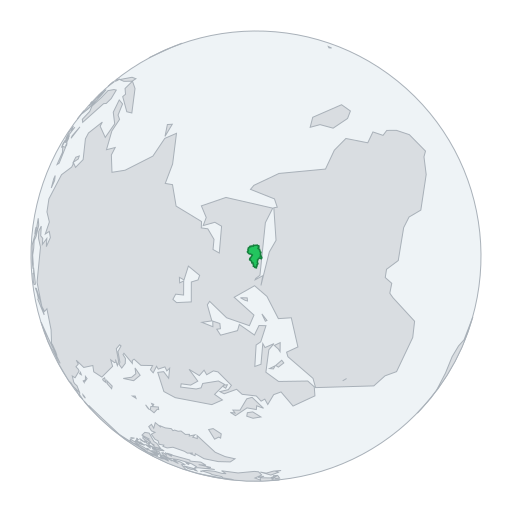 the Earth from above Al Madinah, rotated 219°
{"feature_id": "SAU-845", "entity_name": "Al Madinah", "entity_type": "Region", "adm_level": 1, "iso_a3": "SAU", "parent_name": "Saudi Arabia", "parent_adm1": "", "projection": "orthographic", "projection_center": [39.015, 24.943], "detail": "fine", "context": "on_globe", "style": "filled", "palette": "green", "viewbox_px": 512, "rotation_deg": 219, "n_neighbors": 0, "source": "natural_earth", "source_scale": "10m", "svg_char_len": 13017}
<svg xmlns="http://www.w3.org/2000/svg" viewBox="0 0 512 512"><g transform="rotate(219 256 256)"><circle cx="256" cy="256" r="225" fill="#eef3f6" stroke="#a8b0b8"/><path d="M290.6,33.4L289.7,33.3L288.5,33.1L295.5,34.3L298.3,35.0L288.2,33.2L292.1,34.6L275.4,33.2L249.7,31.3L239.3,32.5L210.0,36.5L211.6,36.7L201.5,39.2L199.6,40.6L194.7,41.6L197.4,42.0L202.2,40.9L205.0,40.8L204.4,41.8L198.0,42.9L197.4,42.6L195.2,43.5L192.3,43.8L193.3,44.2L185.7,45.9L192.2,45.7L185.2,48.3L180.4,49.1L182.4,47.0L176.2,45.9L172.0,47.1L164.1,50.4L146.0,60.2L140.7,62.9L132.5,68.0L134.7,67.0L141.9,62.8L143.9,63.0L152.5,58.5L154.6,58.2L162.9,55.0L160.0,57.8L152.7,62.6L145.7,65.6L142.3,68.0L147.6,67.4L133.4,76.1L121.7,87.6L118.2,89.9L113.7,89.4L117.1,82.8L111.3,84.7L113.3,86.2L104.5,93.1L102.3,95.7L101.8,97.3L104.5,95.9L101.1,99.1L97.8,98.2L100.8,95.2L101.9,95.3L103.4,92.6L101.1,93.1L96.8,97.2L97.5,95.9L109.4,85.0L122.0,74.9L135.4,65.7L149.4,57.6L163.9,50.4L178.9,44.3L194.3,39.3L210.0,35.5L226.0,32.7L242.1,31.1L258.3,30.7L274.5,31.5L290.6,33.4ZM31.7,235.3L31.3,240.5L30.9,251.5L30.7,255.7L30.9,260.8L31.0,264.4L35.1,284.4L40.2,301.1L42.0,313.6L41.6,321.9L49.1,345.1L43.3,330.1L38.5,314.8L34.9,299.2L32.4,283.3L31.0,267.3L30.8,251.3L31.7,235.3ZM163.9,53.7L163.3,54.4L162.1,54.6L163.9,53.7ZM167.9,51.9L166.9,51.8L168.6,51.0L169.3,51.0L167.9,51.9ZM304.9,36.1L306.9,36.7L303.1,35.7L304.9,36.1ZM168.9,52.4L171.9,49.5L175.0,48.1L180.1,47.4L168.9,52.4ZM306.8,36.8L311.8,38.8L316.0,39.7L306.9,38.8L305.7,37.1L300.3,35.6L305.0,36.6L306.8,36.8ZM204.0,40.2L198.9,41.3L203.8,39.6L204.0,40.2ZM206.5,39.2L217.7,35.1L225.0,34.3L219.8,35.6L229.8,34.3L227.9,35.8L221.9,36.9L217.6,37.0L220.2,37.6L206.5,39.2ZM301.1,38.4L300.7,38.8L299.1,38.1L301.1,38.4ZM206.5,40.7L208.1,39.8L214.6,38.9L212.5,40.6L211.1,40.3L206.5,40.7ZM233.4,33.4L237.8,33.3L237.4,34.4L239.1,34.6L228.4,35.8L233.4,33.4ZM209.3,41.0L211.3,41.6L207.7,43.0L205.4,41.6L209.3,41.0ZM217.1,38.0L220.1,37.8L217.8,38.4L217.1,38.0ZM195.8,48.9L197.6,47.3L201.1,46.7L195.8,48.9ZM212.3,41.8L213.6,41.4L215.2,41.0L215.7,41.8L212.3,41.8ZM228.9,36.7L227.9,37.3L233.3,36.2L233.3,37.4L226.1,38.0L229.2,38.2L229.2,38.6L223.4,38.8L228.9,36.7ZM221.1,41.7L212.0,43.5L207.9,46.3L204.7,46.8L211.8,42.4L221.1,41.7ZM222.9,39.9L221.0,41.1L218.0,41.0L217.4,40.2L222.9,39.9ZM235.8,38.0L237.7,36.1L239.2,36.0L235.8,38.0ZM220.5,42.5L222.7,42.1L220.6,42.7L220.5,42.5ZM231.8,39.3L232.2,38.5L233.9,38.5L231.8,39.3ZM226.7,42.0L223.8,42.5L223.3,41.8L226.7,42.0ZM229.5,40.8L231.7,40.9L224.8,41.3L229.5,40.4L229.5,40.8ZM233.3,39.4L234.4,39.1L232.9,39.7L233.3,39.4ZM230.3,44.6L221.8,45.2L220.7,43.6L229.1,43.1L230.3,44.6ZM82.9,291.3L74.0,254.6L80.3,244.1L82.7,229.2L126.9,191.2L134.7,196.8L167.8,197.8L171.7,200.5L166.2,211.7L189.7,230.2L199.2,221.4L222.1,231.5L238.4,232.0L247.0,210.2L220.4,208.8L217.3,197.7L240.0,189.5L263.5,191.6L263.1,187.4L249.5,177.8L256.3,170.4L245.0,173.9L248.6,178.2L241.6,180.8L237.9,177.1L240.4,174.4L233.7,172.2L223.4,186.4L225.9,192.3L207.5,193.6L209.9,203.9L204.4,208.1L198.3,192.3L199.9,186.9L187.4,169.4L184.0,175.0L195.6,192.2L191.4,190.5L186.9,199.2L187.0,191.2L175.2,171.9L159.5,172.7L137.1,191.4L128.4,191.0L122.2,184.4L132.8,162.7L151.0,166.1L155.0,159.4L153.4,148.0L159.1,150.3L160.7,146.4L167.7,147.4L179.7,139.8L187.2,140.2L194.0,128.9L198.7,127.9L193.4,134.7L193.7,140.0L212.6,142.0L216.8,139.9L219.6,132.7L224.5,134.6L224.8,127.4L236.7,125.8L222.5,122.1L225.5,114.6L233.7,109.6L232.1,106.7L218.8,115.0L215.7,119.0L217.2,123.4L206.6,135.2L199.7,136.4L201.1,122.4L191.5,123.0L196.8,112.7L229.6,95.1L242.3,92.7L259.1,103.7L255.0,108.0L246.9,106.0L252.5,114.5L253.0,110.6L257.0,112.5L260.8,106.6L263.9,107.7L262.4,100.5L266.5,101.2L267.4,105.8L276.6,98.6L285.8,99.1L286.4,97.0L284.5,94.7L297.4,97.3L297.3,95.7L293.0,94.2L290.0,90.2L289.8,84.4L294.2,85.6L294.9,87.8L303.1,94.8L304.3,101.2L306.1,101.2L306.2,96.0L296.2,87.4L294.8,83.6L300.1,87.1L298.1,85.5L298.8,84.1L303.6,83.9L298.0,80.0L299.6,64.9L309.2,63.9L313.9,68.2L319.7,61.0L330.1,61.9L326.1,60.2L326.2,56.6L323.0,56.2L321.1,55.3L320.0,47.5L323.2,47.1L318.2,43.2L316.1,42.6L313.5,42.5L306.9,38.8L316.0,39.7L320.1,41.0L323.0,41.2L332.1,44.5L340.9,47.8L349.2,52.3L355.4,55.1L355.8,54.9L364.6,59.1L381.4,69.4L366.1,61.6L340.6,49.3L350.9,54.0L348.0,53.4L351.4,55.5L358.7,59.2L359.8,59.3L368.8,69.7L385.3,83.4L385.4,79.8L390.8,82.1L409.6,97.8L429.1,127.3L436.4,133.1L440.4,138.5L441.7,144.1L436.0,136.2L432.8,135.5L429.3,130.6L429.6,138.0L424.8,131.3L427.4,140.9L432.1,145.0L433.6,140.5L438.0,152.4L446.2,158.7L452.9,170.1L458.3,196.8L455.2,209.1L456.2,213.4L452.0,211.3L451.0,222.1L462.3,239.7L463.6,246.2L459.7,263.4L458.8,258.8L447.8,253.3L449.0,269.8L457.4,277.9L460.5,291.2L455.4,290.2L451.9,278.7L448.0,276.3L446.7,262.4L439.1,244.5L433.7,251.7L432.0,243.5L420.6,230.4L411.7,240.3L399.0,268.7L400.9,290.0L395.0,301.3L378.7,275.0L372.2,255.3L365.8,258.9L349.5,244.5L320.0,248.5L316.2,243.4L310.6,246.8L299.1,242.5L293.5,234.0L286.4,235.2L301.5,257.5L309.2,256.3L316.2,246.4L318.9,254.6L330.0,260.6L316.2,282.6L273.1,303.7L269.7,287.8L240.8,243.5L242.1,238.5L242.0,237.9L241.7,236.9L238.3,245.0L233.6,236.2L248.2,267.5L250.3,280.8L272.5,304.7L270.2,307.3L277.6,312.0L302.2,304.3L302.1,309.6L290.1,334.6L256.7,367.3L261.7,387.5L260.1,403.9L240.4,414.3L243.2,426.0L233.2,429.7L233.4,435.9L226.0,442.0L213.2,446.8L190.3,444.2L187.9,438.8L175.0,426.4L156.8,395.4L161.6,382.6L159.1,371.0L142.6,342.0L146.2,327.8L142.0,320.6L133.3,320.2L128.6,311.3L123.4,309.8L91.7,305.1L82.9,291.3ZM110.1,213.5L108.5,217.8L110.1,213.5ZM287.6,205.5L302.2,205.6L296.9,192.1L302.1,191.2L298.4,187.1L296.5,191.1L287.7,180.1L294.4,175.8L293.3,170.0L288.4,169.8L277.4,179.6L289.9,195.1L286.0,200.9L287.6,205.5ZM104.7,93.2L104.8,93.4L103.6,95.4L102.8,95.5L104.7,93.2ZM107.0,99.9L101.5,105.1L104.8,101.2L102.5,101.9L106.6,95.1L116.7,90.8L111.4,93.7L107.0,99.9ZM114.9,85.7L111.1,89.9L114.8,85.5L114.9,85.7ZM162.4,125.7L164.1,128.8L160.4,132.8L150.9,134.0L156.2,128.0L162.4,125.7ZM167.4,132.3L171.5,119.0L177.5,118.3L173.4,120.8L177.0,121.7L171.4,126.1L173.3,139.2L170.1,143.7L154.3,142.4L161.2,140.0L159.1,136.9L167.4,132.3ZM171.0,91.8L172.9,87.6L183.6,91.3L180.7,94.9L171.1,95.9L168.9,92.2L171.0,91.8ZM177.2,52.4L177.2,51.6L179.0,51.1L180.4,51.4L177.2,52.4ZM196.4,48.2L179.0,55.8L178.2,55.1L169.1,61.1L163.2,61.9L169.3,57.8L158.0,63.3L161.1,60.0L153.7,64.1L167.9,54.9L170.3,52.6L169.8,54.8L175.2,54.0L178.2,53.0L188.5,48.7L196.2,44.1L202.7,43.1L205.3,43.7L204.4,44.7L200.5,44.9L202.2,46.1L195.8,47.1L196.4,48.2ZM231.3,59.4L227.1,57.8L229.4,63.1L223.0,63.1L223.7,63.7L218.4,65.3L213.2,68.5L210.6,68.0L209.7,69.5L206.2,70.8L204.1,72.8L198.6,72.9L195.5,75.5L194.6,74.1L190.9,78.6L191.2,75.4L186.7,77.2L188.8,79.4L164.2,77.8L153.7,80.7L144.7,85.2L146.4,79.8L155.9,72.5L168.8,65.8L178.7,64.2L177.7,62.4L182.1,61.2L181.1,63.1L185.3,59.6L188.7,59.2L200.2,55.1L204.3,50.9L208.5,49.5L208.6,51.0L212.8,48.7L215.9,50.8L219.0,50.0L225.2,51.6L223.5,55.4L227.2,54.3L232.0,55.9L231.3,59.4ZM231.9,45.1L231.4,49.0L227.6,51.1L218.5,47.6L215.2,48.0L209.2,46.4L214.8,43.6L216.0,44.2L218.4,44.2L215.7,45.1L219.7,44.4L221.5,45.4L225.1,45.2L224.0,46.5L231.9,45.1ZM177.1,196.8L180.2,197.8L185.5,198.0L182.7,203.9L177.1,196.8ZM168.7,183.7L171.8,183.4L170.4,191.2L167.1,190.4L168.7,183.7ZM174.6,177.1L172.0,182.8L171.4,179.2L174.6,177.1ZM196.3,134.2L199.7,133.8L199.6,135.5L197.2,137.9L196.3,134.2ZM236.8,77.2L235.0,75.4L236.3,74.8L236.6,70.0L241.4,70.0L243.0,72.9L236.8,77.2ZM241.8,213.8L236.5,217.9L234.3,215.7L236.6,214.7L241.8,213.8ZM207.7,211.2L215.0,214.7L206.9,212.8L207.7,211.2ZM242.1,76.4L241.7,74.4L244.3,75.7L242.1,76.4ZM244.9,69.8L248.2,70.9L242.0,69.5L244.9,69.8ZM330.3,463.7L331.6,464.3L328.1,465.2L330.3,463.7ZM299.2,399.5L284.7,427.4L273.9,428.1L271.4,420.5L276.5,403.9L288.9,398.4L294.9,390.1L299.2,399.5ZM474.7,306.3L475.6,304.8L475.4,305.8L474.7,306.3ZM474.0,305.5L475.4,303.0L473.4,308.0L474.0,305.5ZM475.8,302.1L477.2,297.5L477.8,294.8L477.4,297.0L475.8,302.1ZM472.9,307.4L464.8,316.9L460.9,318.2L462.3,313.9L468.6,308.6L472.9,307.4ZM462.0,314.1L455.4,310.0L442.5,289.0L447.2,286.8L459.9,296.0L459.2,299.6L463.2,303.8L462.0,314.1ZM475.9,281.8L475.1,291.4L471.1,296.0L469.0,297.0L467.6,287.1L468.4,280.3L470.3,278.5L474.8,250.8L477.0,252.9L476.2,263.7L477.8,269.3L475.9,281.8ZM402.0,291.7L407.6,302.4L404.0,305.7L402.0,291.7ZM474.5,233.7L474.1,245.6L473.8,231.1L474.5,233.7ZM473.1,221.2L474.2,225.3L472.6,222.4L473.1,221.2ZM458.2,219.4L456.3,222.5L455.2,219.5L457.0,213.8L458.2,219.4ZM457.9,180.0L461.8,188.8L462.7,192.2L460.0,187.9L457.9,180.0ZM282.1,77.3L276.3,83.6L275.3,88.9L279.6,92.9L271.0,90.4L272.6,82.1L282.1,77.3ZM297.0,66.1L293.1,63.2L296.4,63.1L297.7,63.8L297.0,66.1ZM293.6,65.3L285.9,64.4L284.7,62.0L291.0,63.1L293.6,65.3ZM263.9,69.4L261.8,71.1L259.7,69.9L263.9,69.4ZM447.3,375.0L450.8,369.0L451.3,368.2L456.8,357.2L463.9,342.8L456.2,359.2L447.3,375.0ZM477.3,298.3L476.7,301.4L477.6,296.7L477.3,298.3ZM480.8,270.5L480.6,273.0L480.6,272.3L480.8,270.5ZM478.6,269.7L479.0,274.4L480.2,267.6L479.2,275.2L479.4,282.3L478.8,286.6L478.8,278.6L477.7,289.8L477.1,291.0L477.4,282.9L478.4,270.6L479.0,264.8L480.7,257.2L478.6,269.7ZM481.2,260.7L481.2,255.1L481.1,250.0L481.2,252.5L481.2,260.7ZM479.8,242.1L478.2,237.0L477.8,242.1L477.6,227.3L479.3,234.5L479.8,242.1ZM476.8,227.8L476.6,232.4L476.1,224.2L476.8,227.8ZM475.9,230.4L474.7,225.4L475.5,224.5L475.9,230.4ZM477.2,226.9L475.4,217.8L476.8,222.1L477.2,226.9ZM471.6,214.7L475.1,219.6L472.4,220.5L467.4,204.2L468.2,201.9L471.6,214.7ZM445.1,140.1L442.2,136.2L441.5,133.6L443.7,137.0L445.1,140.1ZM436.7,123.3L440.4,131.8L442.9,139.4L444.4,140.2L449.0,148.3L444.3,143.3L439.2,132.7L438.1,128.3L433.6,122.1L430.1,116.1L424.1,109.6L421.1,105.7L426.2,110.5L436.7,123.3ZM421.5,107.0L409.7,95.3L410.5,94.1L413.3,96.3L418.3,102.0L417.6,102.3L421.5,107.0ZM407.1,92.2L406.3,92.6L387.3,79.8L383.5,76.9L398.4,85.1L398.4,86.0L402.9,89.6L407.1,92.2ZM303.2,39.3L301.0,38.9L302.6,38.8L303.2,39.3ZM319.3,55.2L317.0,53.8L319.0,53.5L319.3,55.2ZM311.7,50.2L311.1,51.4L309.9,49.6L311.7,50.2ZM310.1,54.4L310.0,51.6L312.8,55.1L310.1,54.4Z" fill="#d9dde1" stroke="#a8b0b8" stroke-width="1"/><path d="M254.7,262.0L254.7,261.9L254.6,261.7L254.5,261.4L254.4,261.4L254.4,261.5L254.5,261.6L254.4,261.6L254.3,261.3L254.1,261.1L254.0,260.8L254.0,260.7L253.9,260.5L253.8,260.4L253.7,260.3L253.7,260.2L253.4,260.1L253.3,259.9L253.2,259.9L252.9,259.7L252.7,259.5L252.6,259.4L252.4,259.4L252.2,259.2L252.3,259.0L252.2,259.0L252.2,258.9L252.1,259.0L251.9,259.1L251.7,259.0L251.7,258.9L251.5,258.7L251.4,258.7L251.2,258.5L250.9,258.7L250.7,258.6L250.4,258.3L250.3,258.2L250.4,257.9L250.2,257.6L250.2,257.3L250.2,257.2L250.3,257.2L250.5,257.0L250.8,257.0L251.0,257.0L251.2,256.9L251.3,256.8L251.4,256.7L251.5,256.6L251.8,256.6L252.0,256.6L252.3,256.5L252.3,256.4L252.3,255.0L252.5,254.1L252.4,253.9L252.1,253.8L251.9,253.7L251.8,253.2L251.7,252.9L251.6,252.7L251.1,252.3L251.0,252.2L250.9,251.8L250.8,251.7L250.2,251.4L249.9,251.5L249.8,251.4L249.8,251.2L249.7,251.1L249.5,250.6L249.5,250.4L249.6,250.2L249.8,249.8L249.8,249.7L249.7,249.4L249.3,249.2L249.2,249.2L248.9,248.9L248.9,248.7L248.9,247.9L249.0,247.7L248.9,247.6L248.9,247.4L248.8,247.2L248.7,247.2L248.3,247.2L248.2,247.1L248.3,246.9L248.7,246.8L249.6,246.4L249.8,246.4L250.1,246.5L250.4,246.7L250.5,246.7L250.8,246.7L251.5,246.3L251.8,246.5L251.9,246.9L252.0,247.1L252.2,247.5L252.3,247.6L252.6,247.7L252.9,247.7L253.0,247.7L253.1,247.8L253.2,248.0L253.3,248.1L253.5,248.3L253.6,248.5L253.8,248.7L254.2,248.4L254.3,248.4L254.5,248.4L254.7,248.5L254.8,248.6L255.0,248.5L255.0,248.4L255.0,248.2L255.2,248.3L255.3,248.5L255.5,248.6L255.9,248.8L256.4,249.1L256.5,249.2L257.0,249.2L258.5,249.0L258.8,249.3L258.9,249.5L258.9,249.8L258.7,250.1L258.7,250.3L258.8,250.5L259.0,250.5L259.3,250.5L259.1,252.0L259.3,252.7L259.3,253.1L259.3,254.1L259.4,254.3L259.5,254.4L259.5,254.5L259.8,254.5L260.8,254.2L261.0,254.2L261.4,254.2L261.5,254.2L261.8,254.1L261.9,253.9L262.2,253.6L262.3,253.5L262.5,253.4L263.2,253.4L264.2,253.5L264.5,253.6L265.1,253.7L265.2,253.8L265.3,253.8L265.4,254.0L265.3,255.1L265.4,255.3L265.5,255.4L265.5,255.5L266.1,255.6L266.2,255.8L266.3,255.9L266.5,256.7L266.6,256.8L266.7,257.0L267.0,257.2L267.0,257.3L267.0,257.5L266.9,257.6L266.8,257.8L266.7,257.9L266.7,258.0L266.8,258.3L266.7,258.5L266.7,258.8L266.7,259.4L266.7,259.8L266.2,259.7L265.9,259.8L265.8,260.0L265.9,260.3L265.9,260.5L265.9,260.8L265.7,261.0L264.9,261.5L264.5,261.7L264.3,261.9L264.2,262.0L264.3,262.3L264.7,262.5L264.8,262.6L264.8,262.8L264.7,262.8L264.2,263.0L263.5,263.7L262.5,264.5L262.3,264.7L262.1,265.1L261.9,265.3L261.3,265.1L261.2,265.1L260.9,265.2L260.5,265.5L260.4,265.6L260.2,265.6L259.9,265.6L259.8,265.4L259.9,265.2L259.9,264.9L259.8,264.7L259.7,264.6L259.3,264.4L259.2,264.4L259.2,264.2L259.4,263.7L259.4,263.4L259.4,263.2L259.2,263.1L258.8,263.1L258.0,263.3L257.7,263.4L257.6,263.1L257.4,262.9L257.0,263.0L256.8,263.0L256.7,263.0L256.6,262.9L256.2,262.5L256.0,262.3L255.9,262.2L255.7,261.9L255.2,261.9L254.8,262.0L254.7,262.0Z" fill="#22c55e" stroke="#15803d" stroke-width="1.5"/></g></svg>